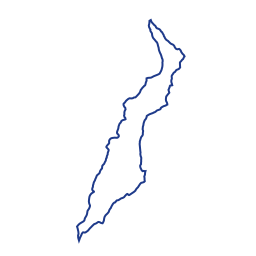 Thrimshing, Tashigang, Bhutan (Equal Earth projection), rotated 350°
{"feature_id": "84629894B18774539959245", "entity_name": "Thrimshing", "entity_type": "district", "adm_level": 2, "iso_a3": "BTN", "parent_name": "Bhutan", "parent_adm1": "Tashigang", "projection": "equal_earth", "projection_center": [91.6, 27.098], "detail": "fine", "context": "isolated", "style": "outline", "palette": "blue", "viewbox_px": 256, "rotation_deg": 350, "n_neighbors": 0, "source": "geoboundaries", "source_scale": "gbopen_adm2", "svg_char_len": 5876}
<svg xmlns="http://www.w3.org/2000/svg" viewBox="0 0 256 256"><g transform="rotate(350 128 128)"><path d="M137.7,173.5L137.3,173.5L136.1,173.0L135.5,173.0L135.1,173.1L134.2,172.2L133.4,169.4L133.3,168.3L133.4,167.3L134.0,166.4L134.6,165.8L134.7,164.9L135.2,163.1L135.4,161.7L135.7,160.7L135.9,159.2L135.6,158.1L135.6,155.8L136.1,154.2L136.1,153.1L136.6,147.0L136.7,145.6L137.0,144.9L137.3,143.3L138.7,140.5L139.4,139.3L140.2,138.5L140.9,138.0L141.5,136.9L141.7,135.7L141.8,135.3L141.9,134.9L142.3,133.9L142.4,133.1L142.2,132.2L142.2,131.5L142.5,130.9L142.7,130.1L142.7,129.7L143.7,127.7L143.9,126.9L144.3,125.9L144.8,124.9L145.3,124.1L145.7,123.4L146.1,123.0L147.0,122.3L148.0,120.9L148.6,119.4L149.2,119.1L151.6,118.2L152.8,118.0L153.7,117.8L154.6,117.7L155.4,117.5L156.0,117.2L156.7,117.2L157.6,116.9L158.4,116.5L158.8,116.2L159.3,115.9L159.9,115.7L162.5,115.3L163.0,115.1L163.6,114.6L163.8,114.0L164.4,113.6L165.4,113.2L166.9,112.7L168.5,112.5L169.2,112.4L169.8,112.0L170.8,111.8L170.9,111.1L170.8,110.2L170.7,109.5L170.3,108.4L170.2,107.8L170.2,106.8L170.5,105.5L170.9,104.2L171.2,103.5L171.6,103.2L172.2,102.7L172.5,102.3L174.1,101.0L174.8,100.4L174.6,98.7L174.5,97.5L174.7,97.1L175.2,96.5L175.5,95.8L176.1,95.0L176.5,93.9L177.0,93.5L177.9,93.5L178.5,93.7L179.0,93.6L178.9,92.9L178.9,91.9L178.7,90.8L178.7,89.8L179.0,88.4L179.7,87.2L179.8,86.8L179.9,85.8L179.9,85.1L180.2,84.1L180.7,83.5L181.2,83.1L182.0,82.2L182.3,81.8L183.4,81.1L183.9,81.0L184.4,80.6L185.4,79.5L186.0,79.2L187.9,78.8L188.6,78.5L189.4,77.8L189.9,77.3L190.0,75.9L190.1,75.4L190.2,74.9L190.2,74.3L190.3,73.8L190.5,72.6L191.0,72.0L191.3,71.8L191.8,71.5L193.2,70.2L194.3,69.6L195.3,68.1L195.6,67.6L196.1,67.4L196.0,66.7L195.7,66.1L195.6,65.7L194.6,64.4L194.4,64.0L194.0,63.1L193.7,62.6L193.6,61.9L193.4,61.1L193.0,60.1L192.6,59.6L192.1,59.0L191.3,59.0L190.4,59.1L189.2,58.5L188.7,57.8L188.1,56.5L187.8,55.2L187.2,54.2L186.4,53.4L185.8,53.1L185.1,52.6L184.4,51.9L183.7,50.9L183.1,50.1L182.8,49.5L181.0,47.8L180.6,47.0L180.2,46.3L179.9,45.4L179.9,45.0L179.6,44.4L179.3,43.7L179.3,42.9L179.2,42.3L179.0,41.9L178.6,41.0L178.3,39.7L177.5,38.9L177.3,38.5L176.9,37.4L176.2,36.3L175.4,35.7L174.5,35.2L173.9,34.9L173.5,34.3L173.2,34.0L172.9,32.7L172.4,31.8L171.8,31.3L171.4,30.6L170.7,29.5L169.7,27.9L169.4,26.8L169.2,25.6L167.8,26.1L167.1,28.9L166.3,30.6L166.3,31.8L166.3,32.4L166.6,33.1L166.7,34.0L167.2,34.9L166.9,35.9L167.0,36.6L167.3,37.3L167.8,38.3L168.0,39.2L167.9,40.8L168.0,42.1L168.3,43.4L168.6,44.1L169.7,45.9L170.3,47.0L170.7,47.8L171.3,48.5L171.6,49.5L171.8,50.8L171.8,51.9L172.1,54.3L172.0,56.3L172.2,57.7L172.6,59.6L172.8,60.4L173.0,60.8L173.3,62.5L173.6,65.4L173.9,66.2L173.9,67.1L173.7,68.4L173.3,69.3L173.1,70.9L173.0,71.4L172.7,72.8L172.3,74.0L171.1,76.6L170.3,77.8L168.6,79.9L167.4,80.4L165.7,80.8L162.3,81.5L159.9,82.3L159.1,82.4L157.3,82.2L156.4,82.1L154.9,82.3L154.7,83.2L154.5,84.6L154.1,85.3L153.6,86.0L152.6,88.4L152.2,89.0L151.8,89.1L151.3,89.3L150.7,89.9L150.0,90.3L148.4,91.6L147.6,92.5L147.2,92.7L146.1,94.7L145.0,95.9L142.4,97.9L140.7,99.1L139.2,99.0L137.9,99.5L136.6,99.5L134.6,99.0L133.1,99.5L130.9,100.8L129.4,102.3L127.9,103.3L127.6,104.5L128.0,106.4L128.8,107.6L128.8,109.3L127.8,110.5L127.2,111.7L126.8,114.1L126.3,114.9L126.4,116.5L127.1,117.7L127.1,118.9L126.3,119.2L125.3,119.2L124.0,119.4L122.8,119.9L122.4,120.5L121.7,121.4L121.4,121.7L120.9,121.9L120.5,122.3L120.1,122.9L119.0,124.8L118.5,126.4L118.2,127.1L117.0,129.1L116.6,129.9L116.4,130.5L116.4,131.5L116.7,132.0L117.2,132.6L117.4,133.1L117.6,133.5L117.6,134.2L117.5,134.6L117.1,135.0L116.6,135.4L116.0,135.7L115.3,135.7L113.2,135.2L111.2,135.1L110.4,135.1L109.4,135.3L108.6,135.7L107.9,136.3L107.3,137.1L107.1,137.7L106.8,139.6L106.4,140.1L105.4,140.8L104.2,141.8L103.6,142.5L103.4,142.8L103.4,143.2L103.9,144.0L104.7,145.2L105.1,145.9L105.1,146.4L104.8,147.2L104.3,148.0L103.7,149.1L103.5,150.0L103.3,150.7L102.7,151.4L102.2,152.3L102.1,152.6L102.0,153.2L101.8,153.7L101.4,153.9L101.1,154.4L100.9,154.8L100.6,155.8L100.1,156.7L99.6,157.2L99.0,158.0L98.4,159.0L98.1,159.3L97.4,159.7L96.2,160.7L95.9,161.5L95.7,162.2L95.4,163.3L95.1,163.6L94.6,163.9L94.2,164.2L93.7,164.8L92.9,165.8L92.4,167.0L92.0,167.5L91.6,167.8L90.6,168.5L89.8,168.8L88.7,169.9L88.0,171.2L87.0,172.6L86.3,173.9L85.2,175.2L84.7,176.0L84.2,177.3L83.6,178.3L83.2,179.9L82.5,181.0L82.1,182.0L82.1,182.6L82.5,183.7L83.4,184.6L83.2,185.1L81.8,185.6L80.4,186.3L79.1,187.5L78.2,188.8L77.6,190.4L76.9,192.8L76.7,193.6L76.7,194.1L76.7,195.2L76.7,195.7L77.1,197.6L77.0,198.3L76.4,199.5L75.6,200.7L74.4,201.9L73.7,202.7L72.8,205.4L72.0,206.9L71.0,208.1L70.2,209.0L69.5,210.1L69.3,210.8L68.9,211.5L68.0,212.2L64.3,213.6L62.7,214.5L60.7,216.2L61.0,218.5L61.0,219.6L61.1,221.4L60.9,223.7L60.2,225.0L59.9,227.4L60.2,230.4L60.8,229.4L61.6,227.9L63.4,225.4L64.2,224.1L64.8,223.5L65.4,223.0L65.8,223.0L66.3,223.1L66.7,223.3L67.4,223.5L68.1,223.4L69.0,223.0L70.5,222.3L71.4,221.6L73.0,220.2L74.2,219.4L75.7,218.3L77.5,217.1L78.2,216.7L79.3,216.6L80.3,216.3L81.4,215.8L82.0,215.5L82.6,215.4L83.2,215.6L84.0,216.0L84.6,216.6L85.3,217.0L86.4,217.4L86.8,217.0L87.4,216.2L88.2,214.9L88.8,213.0L89.2,212.1L89.7,211.2L90.3,210.6L90.7,210.1L91.7,209.4L92.8,208.7L94.0,207.7L94.5,207.2L95.3,205.7L96.3,204.5L97.2,203.8L98.0,202.5L98.9,201.4L100.2,199.9L100.7,199.6L101.5,199.1L101.8,199.0L102.2,199.1L102.6,198.9L103.9,197.7L104.3,197.4L104.7,197.4L105.8,197.4L106.3,197.3L109.1,196.1L109.9,196.0L110.2,196.0L110.8,195.9L111.9,195.5L112.3,195.3L113.4,194.3L115.2,193.0L115.6,192.9L116.1,192.9L116.3,193.2L116.7,193.8L117.2,194.2L117.7,194.2L121.3,192.6L122.5,192.1L123.9,191.3L124.5,190.9L124.7,190.5L125.4,189.7L126.2,189.0L127.5,188.1L128.6,186.9L130.2,185.2L131.0,184.6L131.5,184.3L133.2,184.2L134.5,183.9L135.3,183.3L135.3,182.0L135.4,181.4L135.6,180.1L135.6,178.6L136.2,177.6L136.6,176.8L137.1,174.9L137.7,173.5Z" fill="none" stroke="#1e3a8a" stroke-width="2"/></g></svg>